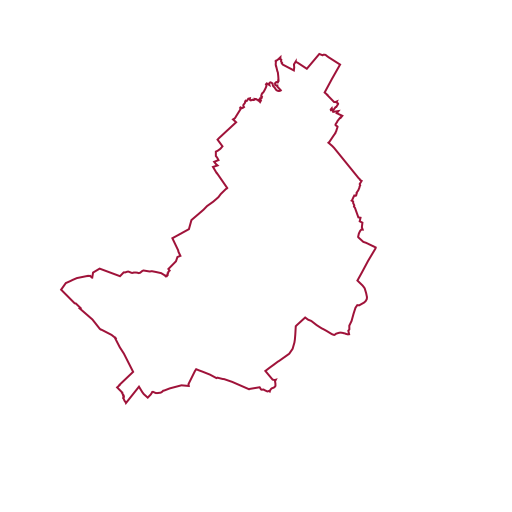 outline of Querétaro, Querétaro, Mexico, rotated 224°
{"feature_id": "50627088B94741817456448", "entity_name": "Querétaro", "entity_type": "district", "adm_level": 2, "iso_a3": "MEX", "parent_name": "Mexico", "parent_adm1": "Querétaro", "projection": "albers", "projection_center": [-100.418, 20.726], "detail": "fine", "context": "isolated", "style": "outline", "palette": "rose", "viewbox_px": 512, "rotation_deg": 224, "n_neighbors": 0, "source": "geoboundaries", "source_scale": "gbopen_adm2", "svg_char_len": 5951}
<svg xmlns="http://www.w3.org/2000/svg" viewBox="0 0 512 512"><g transform="rotate(224 256 256)"><path d="M247.4,59.9L249.4,80.7L243.3,79.1L240.8,78.7L235.5,78.9L235.5,83.2L235.9,85.3L236.2,85.9L235.8,86.7L232.9,87.8L231.5,89.1L230.7,90.2L229.9,91.1L229.5,91.9L229.2,93.2L229.2,94.6L228.5,95.6L226.1,100.8L219.8,111.2L214.1,115.8L215.6,117.0L220.0,130.8L220.4,133.0L217.4,134.2L214.5,135.5L206.7,138.7L199.6,140.7L199.2,141.7L194.5,144.4L193.4,145.3L185.7,148.9L168.5,155.3L168.5,155.6L162.2,164.1L159.7,163.5L159.1,163.7L157.8,165.2L156.8,165.4L153.9,166.4L153.6,166.6L152.9,168.0L152.0,168.1L152.5,169.1L152.7,170.0L152.8,171.1L152.6,172.1L151.8,173.6L151.6,174.9L151.8,176.1L153.4,177.7L155.3,179.1L155.8,180.7L156.3,179.8L158.2,178.6L169.4,179.8L168.7,184.5L167.2,193.3L166.9,195.2L166.6,196.1L164.2,208.8L165.2,214.7L168.3,220.5L170.0,222.9L173.1,226.7L178.6,233.1L178.6,234.8L177.9,245.9L174.2,246.4L171.6,247.5L170.9,247.7L164.4,248.4L159.8,249.3L157.7,249.8L157.0,250.1L153.3,251.1L147.1,252.5L145.7,253.1L145.0,253.5L144.7,253.8L144.4,255.8L143.0,258.3L142.2,259.4L141.5,260.0L139.9,261.1L139.4,261.3L138.4,262.0L137.1,262.5L135.4,263.5L134.7,264.4L137.7,266.4L137.8,267.8L137.9,268.1L140.5,270.7L142.1,275.6L145.8,282.4L148.5,287.9L149.0,291.0L147.5,292.2L147.3,292.9L145.9,297.6L145.8,299.8L146.4,302.0L147.6,303.5L151.0,305.8L155.1,308.1L156.0,308.4L158.9,308.8L166.0,308.8L168.3,317.4L172.0,330.4L175.3,344.5L175.8,345.3L186.1,341.9L188.6,340.7L195.4,340.5L195.9,340.8L197.6,343.6L198.5,346.3L198.6,348.1L197.6,349.1L199.8,350.2L202.6,353.9L205.5,353.0L207.4,356.1L209.2,354.9L218.3,359.4L219.9,359.6L220.5,360.7L222.1,361.3L222.6,361.4L223.3,362.0L224.0,362.7L225.6,362.3L225.6,362.8L226.8,366.1L227.3,367.8L226.5,368.1L226.4,368.6L226.0,369.1L226.3,369.6L226.7,370.2L226.9,370.9L227.5,371.2L227.9,373.1L228.0,374.1L229.1,377.0L229.8,378.0L230.1,379.2L231.4,379.8L232.2,383.4L234.0,383.0L234.5,383.3L236.4,383.3L274.9,388.0L277.5,388.1L282.6,387.8L282.6,388.2L282.4,388.8L282.5,389.1L283.9,397.0L284.2,399.2L284.3,399.2L285.0,401.5L285.4,402.2L286.8,405.1L287.2,405.7L287.8,405.7L289.1,405.4L289.7,405.4L290.0,405.6L290.3,406.2L290.8,408.9L291.0,409.2L291.1,409.6L291.5,413.3L291.5,414.3L291.1,414.3L291.3,416.8L297.1,414.8L297.4,417.5L300.6,413.3L301.2,413.6L301.9,414.6L303.3,412.9L304.0,413.3L304.1,414.9L302.8,414.0L301.8,415.1L302.2,418.4L301.8,418.9L301.8,419.0L302.5,422.2L302.6,422.5L302.9,422.7L304.9,422.4L305.2,423.3L305.8,421.9L306.8,421.0L316.7,421.3L316.7,421.5L320.2,421.3L324.3,435.8L328.5,452.1L341.8,449.4L343.9,449.1L345.3,449.0L346.1,448.7L347.1,447.9L347.4,447.3L347.5,446.7L350.8,445.3L349.5,426.0L360.1,424.0L362.3,423.3L362.5,423.5L361.8,420.2L359.4,418.1L359.2,417.8L358.7,417.1L357.7,415.8L369.6,412.3L371.3,412.5L371.5,413.1L373.0,413.3L374.1,414.6L374.2,414.8L374.3,414.8L375.2,414.4L376.5,415.9L376.6,413.3L376.8,411.6L377.1,410.8L377.3,410.5L377.3,410.2L377.0,410.3L376.7,409.6L375.5,408.2L374.6,407.2L373.4,406.4L373.3,406.5L368.9,403.7L367.9,403.3L365.0,400.9L361.9,398.1L362.2,398.0L361.0,396.4L360.9,395.9L362.2,395.3L362.3,395.1L362.2,394.4L362.3,393.5L361.0,392.4L360.0,392.7L359.1,393.5L358.4,392.7L353.2,392.4L353.2,392.2L353.5,391.5L354.1,390.6L355.0,390.0L356.1,389.6L357.0,389.5L359.7,390.1L361.2,390.1L361.9,390.2L363.0,390.8L363.6,391.4L364.0,391.6L366.0,391.1L366.3,390.9L366.4,390.6L366.5,390.1L366.4,389.5L365.9,388.8L365.1,388.3L367.9,387.7L367.7,387.3L367.9,387.1L367.9,386.7L367.7,386.5L368.1,386.5L368.1,386.4L367.4,386.2L366.7,385.7L365.9,384.0L365.0,381.2L364.5,379.2L364.4,378.2L364.6,377.8L364.4,376.7L363.6,375.0L363.3,374.6L362.7,374.7L362.5,374.4L362.2,374.5L362.0,374.0L361.9,373.8L362.2,373.7L361.7,372.4L362.3,372.3L362.1,372.0L362.4,371.9L362.4,371.5L362.2,371.5L362.1,370.8L360.4,371.1L360.0,369.6L360.6,369.7L360.9,369.6L361.7,369.6L361.9,369.6L362.0,369.7L362.3,369.6L362.5,369.4L363.2,369.5L363.9,369.1L364.8,369.0L365.1,368.9L365.5,368.5L365.5,368.1L366.1,367.9L365.8,367.5L366.0,367.0L365.9,366.7L366.3,366.3L366.6,366.4L366.9,366.2L367.2,365.7L367.3,365.4L367.7,364.8L367.7,364.5L368.0,364.2L368.5,364.1L369.3,364.3L369.9,365.2L370.8,363.8L370.2,360.8L369.9,360.7L371.3,360.5L371.2,359.7L370.5,358.7L370.2,358.0L370.1,356.2L369.8,355.6L369.4,355.2L369.0,355.0L368.1,354.8L368.3,353.8L368.4,353.5L368.6,353.0L368.8,352.6L370.4,352.1L370.3,351.5L370.0,351.5L369.3,351.7L367.3,342.3L367.1,341.7L366.9,340.3L367.4,338.3L363.2,338.4L364.5,315.5L364.5,313.0L356.3,311.6L356.1,308.8L356.2,307.7L356.7,305.0L357.4,303.2L354.3,300.0L352.4,299.8L349.6,298.9L351.5,294.7L348.6,294.3L346.6,294.4L348.8,290.2L341.9,288.3L341.8,288.5L323.9,284.9L323.9,284.2L324.2,283.2L324.4,276.1L323.9,272.2L324.5,265.4L325.9,257.9L325.9,252.9L326.1,250.7L327.4,237.0L322.9,228.7L328.5,210.7L315.9,206.0L314.8,205.2L310.5,203.6L311.8,200.7L309.9,196.6L310.0,185.8L308.0,185.5L308.1,184.7L308.0,183.8L307.9,183.8L307.3,182.4L307.1,182.0L307.3,181.9L306.8,181.3L306.7,180.8L306.3,180.8L306.2,179.7L307.0,179.6L307.3,179.3L307.1,179.2L306.9,178.7L308.7,178.6L312.3,177.8L316.7,175.1L320.4,172.7L321.7,171.0L326.9,167.4L327.4,166.2L327.7,163.5L328.5,162.2L330.2,161.3L331.9,159.7L332.5,159.1L332.6,158.8L332.8,158.5L333.1,158.0L333.9,157.4L336.9,156.2L337.7,155.3L338.7,153.3L339.8,152.3L339.8,147.0L359.7,138.3L361.7,130.9L358.8,126.7L359.1,126.5L359.6,126.7L359.9,126.5L360.2,126.6L361.0,126.4L361.5,126.5L363.2,124.6L363.3,124.7L369.5,115.7L371.3,111.4L372.1,109.1L374.0,104.4L372.8,96.4L353.6,96.0L352.6,96.7L346.1,96.7L346.4,95.8L329.6,96.7L317.8,95.1L316.9,95.2L316.9,95.3L314.8,96.0L305.1,98.9L301.1,99.3L300.6,99.6L299.9,99.4L300.2,99.0L290.5,95.7L283.2,94.0L263.9,87.3L264.7,68.5L264.4,68.4L264.6,65.0L259.0,64.9L258.1,64.8L257.5,64.9L257.3,64.5L256.9,64.6L255.4,63.7L255.0,63.9L254.9,63.8L254.9,63.5L254.5,63.3L253.9,63.5L253.4,63.1L253.1,62.9L253.3,62.1L252.5,61.6L252.5,61.4L251.7,61.3L250.5,60.7L249.1,60.3L248.6,60.5L247.4,59.9Z" fill="none" stroke="#9f1239" stroke-width="2"/></g></svg>